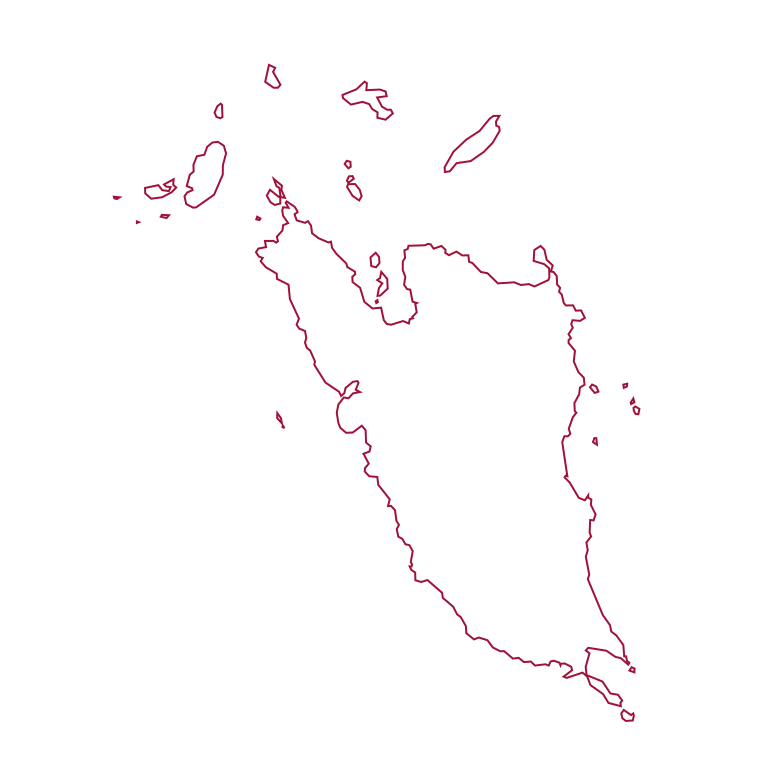 outline of Ko Chang, Trat, Thailand, rotated 188°
{"feature_id": "78962969B80719111705399", "entity_name": "Ko Chang", "entity_type": "district", "adm_level": 2, "iso_a3": "THA", "parent_name": "Thailand", "parent_adm1": "Trat", "projection": "mercator", "projection_center": [102.37, 12.028], "detail": "fine", "context": "isolated", "style": "outline", "palette": "rose", "viewbox_px": 768, "rotation_deg": 188, "n_neighbors": 0, "source": "geoboundaries", "source_scale": "gbopen_adm2", "svg_char_len": 6170}
<svg xmlns="http://www.w3.org/2000/svg" viewBox="0 0 768 768"><g transform="rotate(188 384 384)"><path d="M117.3,99.4L104.6,97.9L105.5,101.3L104.0,103.6L109.0,108.8L116.8,109.1L126.1,119.7L142.9,124.0L144.9,132.0L143.0,145.9L147.1,148.2L145.0,151.2L126.6,150.8L116.7,145.9L111.6,145.6L103.1,140.1L102.2,142.1L104.9,143.7L106.3,148.0L108.2,147.7L110.7,158.9L119.1,167.5L124.5,170.5L126.6,176.6L135.2,185.7L155.0,219.1L154.2,223.8L160.1,241.0L159.1,247.7L161.5,255.3L157.7,261.9L159.7,265.4L160.9,278.0L157.5,278.1L156.3,284.3L162.3,293.0L162.6,298.5L166.1,299.9L166.3,302.1L168.9,296.8L175.3,298.4L186.5,312.4L192.2,316.7L191.2,318.6L189.6,318.2L199.4,351.2L198.1,357.4L194.7,357.7L192.6,360.6L194.8,365.5L192.4,377.4L189.5,382.3L191.3,383.7L192.8,391.5L189.3,401.0L189.5,407.7L185.3,411.2L187.0,418.0L193.2,422.9L199.2,432.7L199.5,443.5L206.9,450.2L207.3,453.3L205.2,455.5L208.2,459.0L204.9,465.9L206.9,469.4L206.2,473.4L198.6,473.8L194.3,477.5L199.1,484.3L204.3,483.3L207.7,488.2L214.7,487.1L217.2,489.1L220.4,497.3L223.5,499.7L223.0,503.8L226.4,506.6L228.0,515.0L231.6,518.5L234.4,518.6L233.4,524.9L240.2,529.7L243.9,539.3L248.1,542.5L253.8,537.6L252.9,526.7L242.0,525.0L236.6,521.5L235.1,512.8L235.7,509.8L248.6,501.5L254.5,503.1L262.1,501.1L269.2,502.8L285.2,499.5L296.9,508.1L303.6,508.4L313.3,516.1L316.7,516.8L318.4,523.2L324.4,522.2L330.7,525.2L337.6,520.6L341.6,522.4L341.7,525.4L346.3,528.7L353.7,524.9L357.1,528.7L360.0,528.9L362.6,527.1L379.0,524.3L379.3,521.0L382.4,519.2L380.7,511.9L382.4,508.1L381.3,499.5L377.8,493.1L377.9,485.0L374.3,481.2L371.1,481.1L367.2,469.5L362.7,468.8L364.2,467.7L361.6,459.5L365.4,454.2L364.4,453.1L367.5,451.8L367.8,447.4L373.9,449.0L385.2,443.7L389.5,443.8L393.1,447.2L397.5,459.2L405.9,457.2L414.9,462.6L421.0,475.9L429.3,480.6L430.3,485.7L427.8,488.8L428.4,491.2L436.6,494.7L438.1,498.1L449.2,506.2L454.4,511.6L456.3,517.6L458.5,516.4L468.9,519.2L476.2,523.2L478.3,530.7L482.0,534.7L484.6,532.6L493.2,533.9L496.2,539.6L493.5,542.1L494.2,543.6L497.2,547.1L505.8,551.3L506.6,549.8L503.0,545.2L508.5,545.0L508.9,541.9L507.4,536.6L501.3,530.0L506.0,527.2L506.0,521.8L510.6,514.9L508.9,510.5L510.5,509.0L513.2,510.3L521.8,509.1L519.9,503.1L527.3,500.6L529.1,496.7L525.7,492.8L521.7,492.0L523.2,488.4L517.3,483.2L505.6,478.3L504.6,473.2L492.4,469.1L489.0,455.0L477.3,436.9L478.8,430.5L475.7,427.1L469.6,425.5L467.4,418.9L468.0,414.0L465.5,409.1L461.8,406.9L455.5,396.8L455.7,393.3L442.2,377.3L427.5,370.1L424.8,366.2L422.0,369.4L421.5,374.8L414.9,382.0L410.6,383.1L409.4,381.6L411.2,374.4L406.7,372.7L413.4,370.4L417.2,364.9L421.9,365.1L426.3,357.5L426.8,348.9L423.7,338.9L421.1,334.5L414.7,330.4L408.2,331.6L400.2,339.6L395.8,335.7L393.6,323.5L388.5,320.4L389.0,315.1L394.6,312.1L388.0,303.0L391.1,298.1L390.9,294.7L385.8,290.6L377.7,291.0L375.6,283.3L362.3,270.6L363.0,263.7L360.1,264.3L355.5,260.5L352.7,250.3L349.6,246.6L351.2,242.0L348.6,234.8L344.4,233.3L340.5,228.3L336.4,227.9L332.3,222.5L332.7,211.2L331.1,209.4L331.3,207.2L333.2,207.0L331.1,203.7L326.9,201.7L325.6,194.0L319.7,193.1L313.7,195.9L297.4,185.3L296.0,180.4L284.4,173.0L279.6,166.1L275.5,163.8L269.2,155.6L267.8,148.7L259.3,143.6L254.9,146.1L245.9,144.7L239.5,138.2L231.6,135.5L227.9,136.2L218.1,130.0L212.5,131.6L206.7,128.1L200.0,129.6L195.3,126.2L185.2,128.9L181.7,128.1L180.4,132.4L177.5,133.6L171.5,132.5L170.1,130.0L169.8,131.6L166.2,132.4L159.3,130.1L157.9,126.8L165.4,119.2L162.1,118.4L147.3,125.8L142.1,122.7L137.6,114.5L123.9,107.4L117.3,99.4ZM587.5,599.3L592.1,594.3L593.8,586.0L601.0,583.5L603.2,574.6L602.1,567.9L605.4,564.2L606.9,552.6L601.2,551.1L600.6,549.3L605.5,546.3L607.7,542.1L604.9,534.7L597.7,532.1L594.7,532.7L578.6,547.8L572.8,568.9L574.0,578.1L572.5,590.4L575.7,597.6L582.2,600.7L587.5,599.3ZM347.6,623.6L354.1,607.1L353.2,602.4L348.4,603.8L342.9,612.8L329.2,616.8L317.6,627.6L310.0,637.9L304.7,650.8L305.7,654.5L308.8,655.5L309.6,659.5L307.0,665.6L312.9,664.7L316.3,661.4L324.5,648.0L336.5,637.5L347.6,623.6ZM427.6,646.7L419.2,646.0L412.9,653.2L415.5,656.6L419.1,656.0L424.6,658.4L430.7,666.8L421.4,669.4L423.1,673.9L429.1,675.0L442.4,672.5L442.8,679.5L445.3,680.7L452.4,671.9L465.3,664.5L464.5,661.5L455.6,656.1L444.5,660.4L437.6,659.1L434.0,654.7L428.2,652.1L427.6,646.7ZM640.3,535.1L629.8,538.0L621.1,544.2L617.1,549.6L620.5,551.9L620.8,557.5L629.6,551.0L627.2,549.2L622.7,549.3L623.9,545.1L630.6,545.1L635.1,549.5L647.9,544.9L647.0,539.6L640.3,535.1ZM542.3,684.0L543.7,666.7L534.5,662.0L530.3,662.6L528.2,665.9L537.3,677.6L535.8,682.0L542.3,684.0ZM526.3,554.3L521.8,548.3L517.2,546.1L511.8,548.3L512.8,554.7L508.0,554.6L512.6,561.9L512.7,566.2L521.6,571.7L517.9,564.8L515.1,563.8L512.7,556.0L514.4,554.7L523.9,560.4L526.3,554.3ZM402.7,470.4L400.0,471.1L393.6,479.0L395.5,488.6L402.3,494.7L402.7,488.3L405.2,486.0L399.7,483.5L402.4,478.2L402.7,470.4ZM440.5,578.0L447.4,576.8L448.0,574.0L441.3,565.9L434.1,562.3L432.3,566.9L435.1,573.0L440.5,578.0ZM413.0,499.0L408.2,498.4L405.3,503.1L406.6,509.2L410.5,512.8L415.0,507.5L413.0,499.0ZM97.7,84.0L90.8,85.4L90.4,90.3L91.3,92.4L93.3,90.5L101.2,94.6L103.2,90.7L101.4,86.2L97.7,84.0ZM584.8,638.9L587.6,636.0L589.6,629.3L587.0,625.1L582.9,624.4L581.1,626.0L583.3,637.9L584.8,638.9ZM174.1,404.5L170.6,406.3L173.4,411.0L177.8,412.4L179.6,409.5L174.1,404.5ZM132.0,396.7L133.6,395.1L132.8,392.1L130.7,389.4L127.9,389.5L127.6,394.9L132.0,396.7ZM452.0,599.8L453.6,596.5L449.3,592.6L447.2,594.5L448.2,599.4L452.0,599.8ZM447.7,584.7L449.0,580.3L447.4,578.3L442.5,583.0L444.1,585.5L447.7,584.7ZM620.4,521.2L627.5,520.6L628.3,518.6L622.4,518.1L620.4,521.2ZM485.6,340.3L485.1,335.4L479.7,330.9L481.2,335.7L485.6,340.3ZM99.4,138.0L101.1,134.4L95.9,133.3L96.3,137.1L99.4,138.0ZM168.1,359.7L169.0,355.6L164.7,353.5L166.2,359.9L168.1,359.7ZM143.2,418.1L146.9,416.7L146.0,413.5L143.1,415.3L143.2,418.1ZM135.1,404.4L137.2,399.8L136.5,398.5L133.5,400.8L135.1,404.4ZM674.2,530.0L671.7,532.1L677.6,531.9L676.9,530.3L674.2,530.0ZM533.4,529.3L530.1,529.0L529.4,530.7L532.9,532.0L533.4,529.3ZM402.2,466.1L403.7,464.9L402.9,463.1L401.5,464.3L402.2,466.1ZM478.6,327.3L476.4,326.5L478.5,328.9L478.6,327.3ZM649.3,510.1L651.3,510.6L651.1,509.1L649.3,510.1Z" fill="none" stroke="#9f1239" stroke-width="2"/></g></svg>